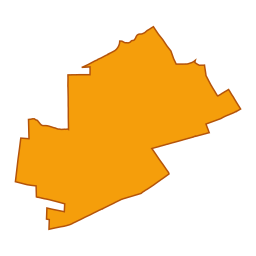 Stoenesti, Olt, Romania (Albers equal-area conic projection)
{"feature_id": "2599482B16432204852873", "entity_name": "Stoenesti", "entity_type": "district", "adm_level": 2, "iso_a3": "ROU", "parent_name": "Romania", "parent_adm1": "Olt", "projection": "albers", "projection_center": [24.481, 44.1], "detail": "fine", "context": "isolated", "style": "filled", "palette": "amber", "viewbox_px": 256, "rotation_deg": 0, "n_neighbors": 0, "source": "geoboundaries", "source_scale": "gbopen_adm2", "svg_char_len": 5324}
<svg xmlns="http://www.w3.org/2000/svg" viewBox="0 0 256 256"><path d="M69.3,224.8L69.7,224.7L71.8,223.8L73.6,222.8L75.4,222.0L77.4,221.0L77.8,220.8L78.6,220.4L79.5,220.0L80.1,219.7L80.6,219.5L81.7,218.9L83.3,218.1L84.2,217.6L85.4,217.0L86.5,216.5L88.0,215.8L89.1,215.3L90.4,214.7L91.5,214.1L92.5,213.6L94.0,212.8L95.3,212.2L96.9,211.4L98.1,210.8L98.8,210.4L99.5,210.1L99.9,209.9L100.3,209.8L100.5,209.7L100.8,209.5L101.0,209.4L101.4,209.2L101.7,209.1L101.9,209.0L102.2,209.0L102.4,209.0L102.4,208.9L102.5,208.7L103.2,208.4L104.4,207.8L106.6,206.7L108.3,205.9L109.8,205.1L110.5,204.8L114.0,203.1L115.2,202.4L117.3,201.4L118.7,200.7L120.6,199.8L121.3,199.4L122.1,199.2L123.1,198.8L123.4,198.7L125.2,198.2L128.1,197.3L130.2,196.7L140.8,193.5L141.2,193.3L141.7,192.9L142.6,192.1L144.1,191.2L145.6,190.1L146.8,189.5L153.3,185.2L158.1,181.7L158.7,181.3L160.0,180.4L161.0,179.6L162.0,179.0L163.1,178.2L166.2,176.0L167.0,175.4L167.8,174.8L168.6,174.3L168.8,174.1L169.0,173.9L168.6,172.7L168.1,171.9L167.1,170.5L166.3,169.4L165.7,168.5L164.8,167.2L164.0,166.0L163.4,165.2L163.1,164.7L161.2,162.1L159.4,159.6L157.3,156.5L156.1,154.7L154.8,152.8L153.3,150.6L151.8,148.5L163.7,145.2L164.5,145.0L165.5,144.7L166.4,144.4L167.4,144.2L168.2,144.0L169.4,143.6L170.6,143.3L171.9,142.9L173.1,142.6L174.6,142.2L176.1,141.8L179.7,140.8L180.0,140.6L180.4,140.5L180.5,140.6L181.2,140.4L182.2,140.1L183.1,139.8L183.8,139.6L184.6,139.4L185.3,139.2L186.0,139.0L186.8,138.8L187.8,138.5L188.5,138.3L189.4,138.1L190.3,137.8L191.4,137.5L192.1,137.3L192.5,137.2L192.8,137.2L193.1,137.1L193.2,136.9L193.3,136.8L193.5,136.8L193.9,136.7L194.3,136.6L194.5,136.5L194.8,136.4L195.0,136.2L195.3,136.0L195.5,136.1L195.6,136.3L197.3,135.9L198.6,135.5L200.6,135.0L202.4,134.5L204.2,134.0L205.8,133.6L207.5,133.1L209.2,132.7L208.4,130.5L206.5,125.5L206.0,124.0L220.8,118.6L221.7,118.1L222.9,117.4L225.5,116.1L226.0,115.9L227.7,115.2L230.0,114.3L230.4,114.0L230.7,113.9L231.1,113.8L231.5,113.7L231.9,113.5L232.3,113.3L232.7,113.1L233.1,113.0L233.5,112.8L235.1,112.0L235.3,111.9L235.5,111.8L235.6,111.7L235.8,111.5L236.0,111.4L236.3,111.6L236.5,111.4L240.6,109.0L236.1,101.8L235.6,100.9L234.8,99.6L234.0,98.3L233.8,97.8L232.9,96.4L232.0,95.1L231.2,93.8L230.6,92.8L230.1,91.9L229.4,90.8L228.8,89.9L228.6,89.5L227.7,90.0L226.3,90.9L225.3,91.4L224.5,91.9L223.4,92.6L222.0,93.4L220.7,94.3L219.7,94.9L218.6,95.5L218.2,95.8L217.6,95.9L217.2,95.4L215.9,93.3L214.8,91.4L213.0,88.5L210.7,84.6L208.7,80.8L206.9,77.3L206.2,76.0L205.9,75.3L205.9,74.6L205.2,69.9L204.8,67.5L204.5,65.1L203.6,65.2L202.8,65.2L201.7,65.2L200.9,65.2L199.4,65.3L198.5,64.8L197.8,64.5L197.0,64.0L196.2,63.5L195.7,63.1L195.2,62.8L195.0,62.6L194.9,62.4L194.9,62.2L195.0,61.4L195.1,61.0L195.3,60.3L193.8,61.5L192.0,62.5L188.4,63.7L187.2,64.0L182.4,64.1L178.2,64.1L176.2,64.1L173.7,58.9L170.9,51.0L166.9,45.9L162.8,39.7L158.4,34.2L154.9,29.0L153.4,26.7L151.1,28.1L149.5,29.2L147.2,30.5L146.5,31.1L145.8,31.7L145.2,32.3L144.4,32.8L143.8,33.1L142.9,33.5L142.2,33.8L141.5,34.0L140.9,34.0L140.0,34.1L139.2,34.1L138.8,34.2L138.4,34.4L137.9,34.6L137.6,34.8L137.1,35.2L136.8,35.6L136.5,36.0L136.1,36.7L135.8,37.5L135.4,38.3L134.8,39.2L134.4,39.8L134.0,40.1L133.5,40.4L132.7,40.5L131.9,40.6L131.5,40.8L131.1,41.1L130.8,41.5L130.3,42.0L129.9,42.3L129.1,42.6L128.6,42.8L128.0,42.9L127.1,42.8L126.5,42.7L126.0,42.8L125.0,42.7L123.8,42.2L122.8,41.6L122.0,41.2L121.1,41.1L120.2,41.1L119.7,41.1L119.7,41.6L119.6,42.6L119.4,43.9L119.1,44.7L118.7,45.8L118.2,46.8L117.5,47.9L116.9,48.7L116.3,49.4L115.6,50.0L114.9,50.6L114.0,51.1L112.9,51.7L111.4,52.5L110.8,52.8L110.3,53.1L110.1,53.1L108.3,54.0L108.5,54.2L105.5,55.6L101.0,58.0L98.0,59.3L96.9,60.1L95.1,60.8L88.0,64.6L83.0,66.9L81.7,67.4L90.0,66.9L90.0,67.6L90.1,70.0L90.0,74.7L86.6,74.7L85.8,74.7L82.6,74.7L79.0,74.7L75.4,74.8L72.4,74.8L69.9,74.9L68.0,74.9L68.0,75.3L67.9,75.9L68.0,76.9L68.0,77.3L68.0,79.4L67.9,86.1L68.0,87.7L68.2,98.6L68.2,105.9L68.3,108.2L68.3,111.0L68.3,117.0L68.5,128.7L68.5,129.5L67.6,129.1L67.3,129.1L66.7,129.2L65.9,129.3L65.5,129.3L64.5,129.2L63.5,129.3L61.7,129.4L61.0,129.4L60.5,129.3L60.1,129.2L59.5,129.1L58.4,129.1L57.9,129.0L57.4,128.9L57.0,128.7L56.5,128.5L55.4,128.1L55.2,128.0L55.0,127.9L54.7,127.9L54.4,127.8L54.1,127.8L51.7,127.0L48.8,126.1L47.4,125.8L46.0,125.6L44.2,125.6L42.9,125.6L41.9,125.3L41.4,125.0L41.0,124.7L40.1,123.8L39.4,122.9L38.6,121.9L37.9,121.0L37.4,120.5L37.2,120.3L37.0,120.2L36.7,120.1L36.3,120.1L36.0,119.9L35.8,119.8L35.5,119.7L35.3,119.5L35.0,119.3L34.8,119.2L34.6,119.1L34.5,118.9L34.3,118.8L34.1,118.8L33.8,118.8L33.6,118.8L33.3,118.8L33.0,118.8L32.7,118.8L32.4,118.8L32.1,118.9L31.7,119.0L31.4,119.1L31.0,119.2L30.8,119.2L30.6,119.2L30.4,119.3L30.1,119.3L29.7,119.3L29.4,119.4L29.1,119.4L28.8,119.5L28.5,119.5L29.0,138.7L28.7,138.7L20.8,138.1L19.5,148.4L18.1,158.7L15.4,181.7L18.6,182.5L25.1,184.2L27.1,184.7L31.7,185.4L36.1,185.9L36.4,196.9L37.4,197.2L37.8,197.3L38.4,197.3L38.7,197.4L39.2,197.5L40.1,197.7L41.0,197.9L42.0,198.2L43.1,198.4L43.7,198.6L44.8,198.8L46.1,199.0L46.6,199.1L47.5,199.3L49.3,199.7L52.4,200.5L55.5,201.3L60.0,202.5L64.7,203.8L64.3,211.7L51.5,209.1L46.9,208.0L46.5,219.1L49.3,219.6L49.0,228.3L49.0,229.3L49.4,229.2L50.2,229.0L51.6,228.7L53.4,228.3L55.2,227.9L56.7,227.6L58.7,227.2L60.6,226.8L63.8,226.3L66.6,225.6L69.3,224.8Z" fill="#f59e0b" stroke="#b45309" stroke-width="1.5"/></svg>